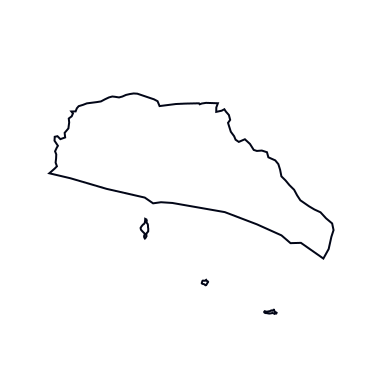 Yan, Kedah, Malaysia (Robinson projection), rotated 288°
{"feature_id": "92858781B20286936830399", "entity_name": "Yan", "entity_type": "district", "adm_level": 2, "iso_a3": "MYS", "parent_name": "Malaysia", "parent_adm1": "Kedah", "projection": "robinson", "projection_center": [100.352, 5.848], "detail": "fine", "context": "isolated", "style": "outline", "palette": "ink", "viewbox_px": 384, "rotation_deg": 288, "n_neighbors": 0, "source": "geoboundaries", "source_scale": "gbopen_adm2", "svg_char_len": 2754}
<svg xmlns="http://www.w3.org/2000/svg" viewBox="0 0 384 384"><g transform="rotate(288 192 192)"><path d="M278.5,171.2L274.0,158.3L270.7,149.5L263.7,134.6L267.7,131.2L268.4,127.2L268.6,109.6L267.7,106.1L266.0,102.7L263.9,99.2L261.3,96.3L259.4,93.4L258.7,89.1L258.2,86.7L256.3,83.8L253.3,80.6L250.0,77.4L248.1,73.7L243.8,64.6L241.2,61.4L238.6,57.7L236.0,56.6L232.7,56.4L231.3,52.4L229.9,54.5L226.8,54.2L224.4,52.5L223.8,52.1L220.2,53.7L214.3,54.8L208.9,52.6L204.7,54.5L201.6,50.5L203.5,46.8L202.1,44.4L198.3,45.4L194.5,50.2L192.4,49.7L188.4,49.2L185.8,51.3L181.8,52.4L177.8,53.2L174.7,55.6L171.9,54.2L165.7,50.5L167.5,72.1L168.6,109.8L172.1,148.8L169.2,158.5L172.7,165.7L175.5,176.7L183.0,229.4L181.3,263.8L178.4,290.5L173.8,301.5L177.3,311.3L169.3,337.5L180.0,339.6L192.5,338.4L199.5,338.4L205.4,335.0L208.4,327.6L212.4,320.5L213.2,313.8L214.6,307.6L217.6,297.6L221.3,293.0L225.7,288.4L228.6,282.6L232.0,277.2L234.5,272.2L240.4,268.9L245.2,265.5L247.8,261.4L248.6,253.9L253.0,251.0L253.0,245.6L251.1,241.0L251.1,237.7L255.6,232.3L258.5,226.0L254.1,221.0L255.2,217.3L258.1,214.8L261.3,210.3L265.5,207.3L268.9,204.9L272.4,206.0L276.6,203.3L279.0,199.3L280.7,197.2L278.5,195.1L275.7,190.3L279.9,189.0L284.4,189.2L281.1,177.8L279.2,174.0L277.8,172.2L278.5,171.2ZM146.7,156.2L145.9,155.5L143.7,154.6L141.9,154.2L140.4,155.1L139.6,156.4L139.0,157.5L138.4,158.7L137.9,159.8L136.6,160.2L135.8,160.0L134.8,160.2L133.9,160.7L133.2,161.6L134.0,162.0L135.1,162.2L135.9,162.4L137.2,161.8L137.9,161.6L139.3,161.8L140.9,162.5L143.5,161.8L144.8,161.1L146.7,160.4L147.8,159.8L148.5,158.7L149.6,158.0L150.9,157.8L151.8,157.1L152.0,155.8L150.6,156.2L149.3,156.4L148.1,156.6L146.7,156.2ZM103.4,309.6L103.5,308.7L103.6,308.3L103.8,307.6L104.1,307.3L104.5,307.0L104.8,306.7L105.0,306.5L105.3,306.4L105.2,305.9L104.8,305.8L104.5,305.6L104.0,305.3L104.0,304.9L104.0,304.4L103.9,304.0L103.5,303.9L103.1,303.2L102.6,302.7L102.3,302.2L102.1,301.6L101.8,301.1L101.5,300.6L101.3,300.2L101.2,299.8L101.1,299.4L101.2,298.9L101.1,298.5L101.1,298.0L100.6,297.8L100.4,297.7L99.9,297.9L99.7,298.3L99.6,298.7L99.6,299.3L99.7,299.9L99.9,300.4L100.0,300.8L100.1,301.3L100.0,301.8L100.4,303.5L100.7,304.0L101.0,304.6L101.3,305.1L101.6,305.5L101.8,306.0L101.8,306.7L101.8,307.2L101.7,307.7L101.6,308.3L101.8,308.5L102.2,308.6L102.4,309.1L102.5,309.7L103.3,309.8L103.4,309.6ZM110.6,229.4L110.0,229.4L108.8,229.4L108.2,229.5L107.9,230.1L107.9,230.6L108.0,231.5L108.0,232.0L108.0,232.4L107.7,233.1L107.5,233.4L107.5,233.8L107.9,234.3L108.6,234.4L109.8,234.7L110.2,234.7L111.1,235.1L111.5,235.1L111.9,234.6L112.0,234.0L112.0,233.4L112.4,233.1L112.8,232.6L112.4,232.3L111.7,231.9L111.5,231.4L111.3,230.7L111.2,230.1L111.1,229.7L110.6,229.4Z" fill="none" stroke="#020617" stroke-width="2"/></g></svg>